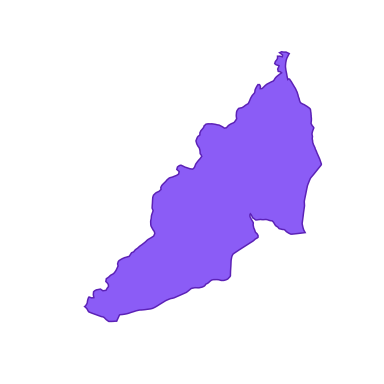 outline of Ugenya, Nyanza, Kenya, rotated 157°
{"feature_id": "3690345B43634586140198", "entity_name": "Ugenya", "entity_type": "district", "adm_level": 2, "iso_a3": "KEN", "parent_name": "Kenya", "parent_adm1": "Nyanza", "projection": "mercator", "projection_center": [34.222, 0.217], "detail": "fine", "context": "isolated", "style": "filled", "palette": "violet", "viewbox_px": 384, "rotation_deg": 157, "n_neighbors": 0, "source": "geoboundaries", "source_scale": "gbopen_adm2", "svg_char_len": 6013}
<svg xmlns="http://www.w3.org/2000/svg" viewBox="0 0 384 384"><g transform="rotate(157 192 192)"><path d="M161.5,243.5L162.5,241.4L164.8,240.8L165.5,240.4L166.5,239.5L168.4,237.5L168.8,234.4L168.6,231.9L168.1,229.9L168.3,228.0L168.6,226.6L169.5,224.0L169.1,222.8L169.1,221.0L171.4,219.6L173.8,218.5L174.7,218.0L175.6,217.5L177.7,216.2L179.5,214.3L180.2,213.7L181.1,213.2L182.5,212.8L184.8,214.2L187.5,216.6L188.2,217.2L188.8,217.7L190.2,219.4L191.7,221.0L192.7,221.2L193.6,221.2L195.6,220.7L197.2,218.7L195.8,215.8L197.4,213.7L199.9,213.3L202.3,213.4L203.2,213.4L204.2,213.4L206.1,213.7L207.4,213.8L210.1,213.0L212.0,212.0L213.0,211.6L215.8,210.5L216.7,210.1L217.4,209.7L218.9,208.4L219.6,206.4L222.0,205.5L225.2,205.4L226.5,205.0L228.7,204.1L230.2,202.4L231.5,199.9L232.8,197.2L233.9,195.1L235.0,192.8L235.1,190.0L236.5,188.4L237.9,186.9L238.8,185.7L239.8,183.7L241.0,182.0L241.6,181.0L242.8,177.8L243.0,176.5L242.9,175.2L242.6,172.3L242.4,171.3L242.1,170.5L242.5,168.3L244.5,166.4L247.4,165.9L250.7,165.5L252.0,165.2L253.2,164.7L255.2,164.0L257.2,163.5L258.6,163.1L261.5,162.5L263.9,161.6L266.7,161.0L269.1,159.7L271.4,159.7L274.9,157.3L277.3,157.6L278.3,157.7L279.4,157.9L281.6,157.9L283.1,157.8L285.8,157.4L287.0,156.8L288.6,154.9L288.8,153.6L289.0,152.7L290.8,151.1L292.6,149.5L294.5,148.3L295.7,147.7L296.9,147.4L299.3,147.2L300.5,146.8L301.4,146.4L303.3,145.9L304.7,145.7L306.3,143.3L305.5,141.3L305.3,140.3L305.2,139.3L305.9,137.5L306.7,137.1L307.5,136.7L309.6,135.1L312.6,135.9L314.2,138.4L317.0,139.0L318.3,139.3L320.2,139.1L321.6,138.6L323.0,136.0L323.6,133.1L325.7,133.7L327.8,135.6L328.5,135.2L329.3,134.4L330.3,133.2L331.1,132.0L331.6,131.1L332.1,130.5L332.7,130.0L333.6,129.4L334.2,128.9L335.6,128.5L335.2,127.8L334.4,125.8L334.2,124.3L334.1,123.1L333.9,122.1L333.1,121.2L331.6,119.7L324.2,112.8L322.7,111.8L321.9,110.8L320.9,108.2L320.4,107.3L319.8,106.3L319.2,105.4L316.7,104.3L314.5,103.5L313.5,103.2L311.8,102.5L311.0,103.3L310.0,104.2L306.7,107.2L305.6,107.0L304.2,106.5L301.9,105.9L299.6,105.4L298.2,105.2L297.3,105.1L295.4,105.0L291.6,104.6L290.1,104.5L286.6,103.9L284.2,103.0L281.3,102.1L279.0,101.5L276.2,100.7L274.5,100.4L273.5,100.3L271.2,100.4L268.7,100.7L266.4,101.1L261.7,101.8L259.1,102.2L258.0,102.3L257.0,102.3L254.5,102.3L253.1,102.2L251.9,101.9L250.6,101.7L249.8,101.6L241.3,101.7L236.3,101.8L235.6,102.0L234.4,102.3L232.4,102.9L230.8,103.4L229.7,103.4L226.8,102.8L226.1,102.5L225.2,102.1L223.8,101.4L222.7,101.0L221.5,100.8L220.0,100.5L218.5,100.5L217.5,100.6L216.6,100.9L215.7,101.5L215.1,101.8L214.1,101.8L212.5,102.0L211.4,102.4L210.0,102.9L208.7,103.2L207.7,103.2L206.4,102.9L203.7,101.8L202.2,101.1L201.3,100.5L199.7,99.2L198.6,98.7L197.7,98.3L196.8,98.1L195.3,97.9L193.4,97.9L192.6,98.1L191.6,98.6L190.2,99.2L189.4,99.8L188.5,101.8L187.4,104.2L186.9,105.2L185.0,109.0L183.0,113.2L182.4,114.3L181.8,115.2L180.8,116.7L180.1,117.5L178.7,118.7L177.4,119.1L176.3,119.3L171.1,120.3L162.3,121.8L156.3,122.8L155.4,122.9L153.4,123.5L152.1,124.0L151.1,124.1L149.9,124.2L148.9,124.5L148.2,126.1L148.4,128.1L148.8,129.0L149.3,130.1L149.3,130.9L149.2,132.0L149.1,133.4L149.2,134.5L149.0,135.7L148.7,137.2L148.4,138.2L147.9,139.1L147.6,139.8L147.7,141.1L148.1,143.9L148.2,145.2L148.2,146.9L147.7,148.3L146.8,149.1L146.4,148.1L146.3,146.7L146.1,144.3L145.4,143.4L144.8,142.3L144.2,141.3L142.3,140.7L141.3,140.5L140.5,140.2L139.7,140.0L138.2,139.1L136.8,138.5L136.0,138.3L135.1,138.0L134.3,137.6L133.4,137.0L132.4,136.1L131.4,135.2L130.5,134.7L129.6,134.2L129.1,133.3L128.8,132.3L128.5,130.3L128.4,129.3L128.1,128.3L127.7,127.5L127.1,126.8L126.6,125.9L126.4,125.1L126.1,124.2L124.6,123.1L123.7,122.4L122.9,121.9L122.0,121.5L121.4,120.8L120.6,118.6L119.5,117.0L119.0,116.3L117.5,114.6L116.6,114.2L111.4,112.6L103.7,110.4L103.8,111.5L104.0,113.1L103.8,115.4L103.6,116.7L103.1,119.3L102.9,120.0L101.3,122.7L99.0,126.6L97.4,129.4L94.2,134.7L93.8,135.4L93.0,137.6L92.7,138.5L92.2,139.7L91.6,140.6L90.1,142.8L88.3,145.4L85.5,149.5L83.2,152.8L79.5,156.6L77.8,158.2L76.9,158.8L73.3,160.6L62.7,166.3L62.0,167.1L61.6,172.2L61.6,173.4L61.7,179.3L61.6,181.0L61.7,182.8L61.7,183.9L61.5,184.8L61.6,185.9L61.6,186.7L61.7,187.7L61.5,190.4L60.8,192.6L60.7,193.5L60.3,194.5L59.4,196.0L58.9,198.6L58.3,199.4L57.7,200.3L57.0,201.1L55.9,202.3L55.4,202.8L54.8,203.4L54.9,204.4L55.5,206.4L55.5,207.6L55.7,208.4L55.3,209.2L54.8,210.1L54.2,211.1L53.6,212.5L53.2,213.5L53.0,214.4L52.7,215.2L52.3,216.2L52.1,217.1L51.7,218.0L51.3,219.7L51.0,220.6L50.7,221.9L50.9,222.8L51.4,223.8L52.5,225.6L53.1,226.5L53.6,227.1L54.1,227.9L54.7,228.7L55.4,229.4L56.9,231.2L57.3,232.4L57.3,233.9L57.1,235.1L56.9,236.1L56.9,237.0L56.8,238.5L56.5,239.9L56.4,241.4L56.2,242.8L56.3,243.7L56.3,245.3L56.4,247.2L56.6,248.2L57.0,251.2L57.3,253.3L57.4,254.3L58.1,257.7L58.7,258.3L59.9,258.1L59.2,261.8L58.7,263.8L58.5,264.8L58.0,267.3L57.1,270.5L56.7,271.5L55.7,273.4L55.3,274.2L53.7,276.6L53.0,277.4L52.4,278.1L49.5,280.6L48.4,281.4L50.7,284.0L53.0,285.0L54.0,285.6L54.7,286.1L57.0,286.0L56.0,284.4L55.1,282.7L55.6,281.8L56.1,281.2L58.2,282.8L59.3,283.2L60.2,283.6L61.0,281.7L62.1,280.7L64.2,279.6L65.7,277.9L65.3,277.0L64.8,276.2L62.6,274.3L63.0,273.6L65.1,271.7L65.3,270.5L65.5,269.3L63.8,268.2L63.4,267.5L63.0,266.7L65.3,266.2L68.8,265.2L70.1,264.7L71.2,264.1L72.8,262.9L74.0,262.4L76.0,262.4L81.0,262.0L83.1,261.4L84.0,261.0L86.9,259.9L87.8,260.1L88.8,260.5L87.7,262.6L87.9,264.5L88.7,264.8L89.3,265.1L91.0,264.0L92.6,262.7L93.6,261.8L94.2,261.1L95.1,259.5L95.9,258.7L98.9,257.3L101.4,255.4L103.6,253.2L105.7,251.4L108.7,251.0L110.9,250.4L112.9,250.1L113.7,250.2L114.5,250.4L116.5,250.7L118.3,249.6L119.2,248.9L119.8,248.1L121.3,245.3L121.7,244.2L122.3,241.9L123.2,241.3L125.7,239.7L126.8,239.5L129.3,239.5L131.5,239.2L132.6,238.9L133.3,238.6L135.2,237.7L137.2,238.1L138.4,240.0L139.0,240.7L139.7,241.6L141.0,243.1L142.1,243.7L144.1,245.2L146.7,246.8L147.6,247.2L148.6,247.6L150.6,248.5L152.6,249.0L153.8,248.5L154.8,248.3L156.1,246.9L157.3,246.2L159.9,244.9L161.5,243.5Z" fill="#8b5cf6" stroke="#5b21b6" stroke-width="1.5"/></g></svg>